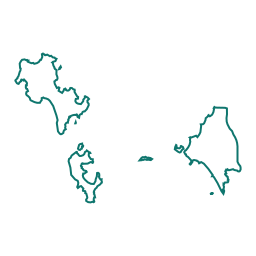 Preah Sihanouk, Krong Preah Sihanouk, Cambodia
{"feature_id": "14789045B14640150427480", "entity_name": "Preah Sihanouk", "entity_type": "district", "adm_level": 2, "iso_a3": "KHM", "parent_name": "Cambodia", "parent_adm1": "Krong Preah Sihanouk", "projection": "robinson", "projection_center": [103.359, 10.662], "detail": "fine", "context": "isolated", "style": "outline", "palette": "teal", "viewbox_px": 256, "rotation_deg": 0, "n_neighbors": 0, "source": "geoboundaries", "source_scale": "gbopen_adm2", "svg_char_len": 5675}
<svg xmlns="http://www.w3.org/2000/svg" viewBox="0 0 256 256"><path d="M232.1,131.1L229.7,128.6L227.5,124.3L226.7,121.6L226.5,118.1L227.0,114.2L226.9,108.4L225.1,107.8L215.4,107.6L214.4,107.0L213.6,108.4L214.0,109.1L213.4,112.1L212.1,114.7L210.1,116.2L209.6,116.3L209.0,116.0L208.6,115.1L208.3,115.3L207.6,116.6L205.7,118.2L205.5,120.0L204.1,123.3L203.0,124.2L200.8,124.4L201.1,125.3L201.1,126.4L200.4,132.2L199.3,134.5L197.4,137.1L196.1,135.7L191.3,137.5L190.4,137.2L189.8,137.5L190.2,137.8L190.0,140.3L190.3,141.6L189.6,144.7L188.1,147.5L186.0,150.2L184.8,151.0L184.2,152.2L185.3,154.3L186.0,154.4L186.2,155.6L186.6,156.1L188.1,157.0L191.1,160.3L191.3,161.0L191.0,162.4L189.7,164.0L190.1,164.5L190.4,164.6L190.9,164.2L191.4,163.0L192.2,162.5L192.7,160.5L194.0,160.0L196.8,160.6L196.9,160.9L198.4,161.6L199.1,163.3L199.7,163.1L200.1,162.5L201.2,162.1L203.9,163.7L208.3,168.8L212.7,175.0L212.1,176.2L212.9,176.1L214.0,177.2L217.5,183.0L221.5,191.2L223.4,193.8L224.1,191.6L224.1,190.4L223.7,189.9L223.1,190.8L222.8,190.7L222.6,189.8L223.6,188.9L224.0,186.8L223.5,185.6L223.5,184.1L223.9,184.4L224.6,182.6L227.8,182.3L228.2,181.7L228.4,180.3L227.9,180.0L228.4,179.5L227.9,178.8L227.7,176.9L226.7,176.4L226.6,175.7L226.0,175.5L225.1,174.4L225.1,174.0L226.3,173.4L225.3,171.4L225.7,170.4L226.3,170.5L226.4,169.6L227.1,169.8L227.6,169.3L228.3,170.1L229.1,170.2L233.1,169.2L234.3,170.0L237.3,170.6L237.7,171.2L239.0,171.5L239.8,171.1L240.6,169.5L240.6,167.7L240.3,166.2L238.6,164.0L237.5,161.7L237.5,146.3L237.1,143.0L236.4,140.3L235.1,137.3L233.4,134.5L232.1,131.1ZM43.4,54.3L42.9,53.6L41.9,54.2L42.3,56.9L41.0,59.9L40.2,59.9L38.9,61.9L37.0,63.1L34.2,63.8L33.3,62.9L31.4,63.2L28.0,61.8L28.4,60.6L27.4,60.6L27.5,60.2L27.1,59.9L26.0,60.1L24.6,59.4L22.1,59.8L20.8,61.4L19.7,63.6L20.1,68.1L20.7,68.5L20.4,70.6L19.7,71.9L18.5,76.1L17.4,77.7L17.5,78.2L15.4,80.3L15.4,80.8L16.9,83.2L18.3,83.9L18.7,83.8L19.5,82.3L21.0,81.3L20.9,80.3L21.4,79.6L22.8,79.9L23.4,80.6L23.9,80.5L24.2,79.7L26.4,82.0L27.0,83.2L26.7,84.3L26.9,85.1L26.7,85.5L25.9,85.4L25.8,87.4L26.2,88.6L27.1,88.9L28.0,91.1L26.4,92.1L26.1,93.9L26.7,95.2L28.3,96.3L29.7,97.8L30.4,100.0L30.9,100.4L34.5,102.1L37.1,102.8L39.9,102.8L40.8,101.2L41.7,100.2L41.7,98.1L43.4,97.5L44.1,98.1L46.2,98.5L48.3,99.4L49.9,100.9L53.2,106.0L56.4,115.4L57.6,120.1L56.8,123.0L58.0,131.4L59.7,133.6L60.6,134.2L61.6,134.1L63.3,133.0L63.6,131.3L64.2,130.2L65.8,129.2L65.1,127.9L65.5,126.3L65.1,124.7L66.0,123.2L66.9,122.6L67.9,122.6L67.8,122.0L68.5,120.1L68.2,119.8L69.0,118.1L69.7,117.5L69.1,117.2L69.2,116.7L72.5,115.3L74.2,114.9L75.6,115.0L76.6,114.4L76.9,114.5L77.1,114.9L76.6,114.9L77.2,115.6L77.6,117.0L79.1,117.8L79.5,115.3L79.9,114.7L81.1,114.0L81.7,114.1L82.6,112.0L83.5,111.5L84.7,111.4L86.8,109.2L88.7,105.2L88.6,103.6L87.5,102.3L87.4,100.6L89.0,99.0L87.7,97.6L85.1,96.2L84.8,96.4L85.0,97.3L84.5,98.3L83.3,99.6L83.2,101.2L80.9,104.1L78.2,103.7L76.6,103.0L75.5,101.6L75.4,100.6L75.8,98.9L78.0,98.6L78.1,96.9L77.1,96.3L74.8,92.4L74.5,91.8L74.8,90.5L74.6,89.6L73.4,89.4L72.0,88.1L70.9,87.9L70.2,88.1L69.8,89.4L68.5,90.5L67.2,90.6L66.0,90.0L66.0,89.4L65.4,88.8L65.1,89.4L64.6,89.4L64.4,89.0L64.1,89.1L63.4,91.1L62.1,92.9L58.6,90.8L59.4,87.8L58.6,87.3L56.9,88.0L54.8,83.9L54.5,82.5L54.4,81.4L55.2,80.9L55.8,80.1L57.0,79.8L57.5,78.6L57.4,77.0L56.4,74.3L56.5,70.0L54.9,68.9L54.7,68.1L54.3,67.8L54.3,67.1L53.4,65.6L52.8,62.9L52.2,62.5L53.0,61.8L55.4,61.1L56.5,58.8L55.1,58.3L54.6,57.6L52.8,57.4L51.1,55.8L49.9,56.2L47.2,54.6L45.7,55.2L45.1,54.9L44.8,55.0L44.4,54.3L43.4,54.3ZM89.0,152.2L86.8,150.5L86.5,151.1L85.0,152.0L84.3,154.0L83.1,155.2L81.2,155.9L79.8,156.0L78.9,155.3L77.9,153.8L77.1,153.4L76.9,152.0L76.4,151.9L71.6,155.6L70.7,157.7L69.0,159.0L68.6,161.3L70.4,167.6L71.2,174.9L75.1,179.4L77.7,180.8L78.3,182.8L78.0,184.9L77.2,187.0L77.9,188.0L79.9,186.4L81.1,186.1L83.4,188.6L82.9,190.2L83.0,190.8L85.2,191.2L85.4,191.7L85.2,193.1L86.3,193.6L87.3,197.3L87.2,198.0L86.1,199.7L86.2,200.9L88.1,202.1L90.5,202.4L92.7,201.7L93.5,202.2L94.2,201.8L94.3,201.5L93.7,199.6L93.8,198.5L94.1,197.5L95.1,197.4L94.4,194.4L93.9,193.9L94.2,192.9L94.1,192.2L93.8,192.1L93.9,191.3L95.2,188.9L96.7,187.6L97.3,186.3L100.3,184.3L100.9,183.3L101.8,182.7L101.9,181.9L101.5,180.4L101.6,179.3L100.5,179.5L99.3,177.8L98.9,176.5L99.4,175.9L99.1,175.0L99.3,174.2L98.7,173.2L98.0,172.8L97.1,173.0L96.8,176.4L95.7,179.3L95.5,181.1L93.8,184.0L90.9,183.8L87.8,182.3L84.8,179.5L83.3,177.5L82.8,175.5L83.2,174.5L83.0,174.3L83.2,173.5L84.5,173.5L86.7,171.9L86.2,171.0L83.9,170.4L83.0,169.5L82.9,168.9L81.7,168.2L82.0,167.0L81.2,166.6L80.9,165.7L81.4,165.1L81.7,163.8L82.3,163.3L83.1,163.5L83.2,163.8L87.7,163.6L90.5,162.1L91.6,162.1L92.4,162.9L92.8,162.8L93.2,161.9L92.6,160.3L92.8,159.3L90.8,159.0L89.0,156.3L88.7,155.1L88.9,153.4L90.3,153.0L89.9,152.4L89.0,152.2ZM179.5,148.3L177.0,148.1L177.1,147.7L176.6,146.9L176.4,145.2L176.1,145.0L175.2,147.0L174.8,149.3L178.0,151.7L179.6,152.5L180.6,152.2L181.6,150.4L182.7,149.2L183.6,148.8L183.0,147.1L181.1,146.0L180.8,146.1L180.6,147.4L179.5,148.3ZM147.1,157.8L145.5,156.8L144.2,157.3L142.8,157.1L141.6,157.8L139.6,160.4L141.8,160.2L142.9,159.7L143.5,159.9L144.2,159.5L145.3,159.4L146.8,159.9L148.3,159.7L150.8,160.1L152.1,159.0L150.4,158.0L149.7,158.1L148.8,157.6L147.1,157.8ZM81.9,146.7L83.0,146.7L83.2,145.8L82.1,144.4L82.1,143.6L80.1,144.1L79.1,144.9L78.0,148.6L78.6,149.6L80.0,150.0L81.0,149.0L81.9,148.6L81.8,147.1L81.9,146.7ZM212.2,194.0L212.8,193.3L212.6,193.0L211.6,193.0L210.8,193.6L210.9,194.0L212.2,194.0ZM61.0,67.4L60.6,66.4L59.9,67.4L60.6,67.8L61.0,67.4ZM59.8,68.9L59.8,68.0L59.4,68.1L59.1,69.1L59.8,68.9ZM75.9,122.9L75.7,122.2L75.3,123.3L75.7,123.3L75.9,122.9Z" fill="none" stroke="#0f766e" stroke-width="2"/></svg>